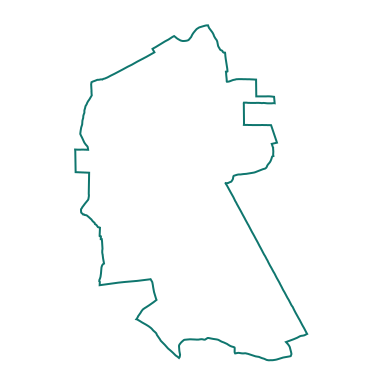 outline of Min Buri, Bangkok Metropolis, Thailand, rotated 91°
{"feature_id": "78962969B59018064980934", "entity_name": "Min Buri", "entity_type": "district", "adm_level": 2, "iso_a3": "THA", "parent_name": "Thailand", "parent_adm1": "Bangkok Metropolis", "projection": "orthographic", "projection_center": [100.755, 13.811], "detail": "fine", "context": "isolated", "style": "outline", "palette": "teal", "viewbox_px": 384, "rotation_deg": 91, "n_neighbors": 0, "source": "geoboundaries", "source_scale": "gbopen_adm2", "svg_char_len": 5958}
<svg xmlns="http://www.w3.org/2000/svg" viewBox="0 0 384 384"><g transform="rotate(91 192 192)"><path d="M49.6,234.0L53.0,232.0L57.8,240.2L62.6,249.0L65.2,253.4L65.8,254.4L67.9,258.5L70.8,263.6L75.2,271.6L77.1,275.3L78.9,278.5L80.1,281.2L80.5,282.8L81.1,283.5L81.0,284.2L81.0,285.1L81.4,286.9L81.5,288.5L81.8,289.4L82.2,290.2L83.3,293.1L84.0,294.4L86.1,294.7L90.6,294.4L92.9,294.2L93.5,294.3L93.9,294.2L95.8,294.1L97.0,293.9L97.3,294.0L101.2,296.2L103.1,297.5L104.6,298.3L106.2,298.9L107.4,299.6L108.1,300.0L110.1,300.4L112.2,301.0L113.8,301.0L114.7,301.0L116.3,301.6L117.8,302.0L119.9,302.1L120.6,302.3L121.3,302.5L122.6,302.8L126.4,303.0L129.4,303.9L132.6,304.4L135.4,304.7L136.0,304.7L136.4,304.5L137.7,303.9L139.5,302.9L144.1,300.7L144.9,300.2L146.5,299.0L148.0,297.6L148.6,297.2L148.8,297.1L150.8,296.7L151.6,296.6L151.5,301.6L151.7,307.1L151.6,307.9L151.6,308.7L151.6,309.6L153.4,309.4L174.2,308.7L174.5,295.2L196.0,295.2L196.7,295.0L198.5,295.1L201.0,295.5L201.3,295.6L201.7,295.8L205.5,298.8L209.1,301.4L210.1,301.9L211.1,302.6L211.6,302.7L214.2,302.5L214.4,302.4L214.9,302.1L215.6,301.2L216.4,300.5L216.4,300.3L216.2,300.0L216.2,299.8L216.8,299.1L217.1,297.2L217.4,296.6L219.1,294.5L220.1,293.4L221.2,292.1L222.3,291.3L223.2,290.5L224.5,288.9L224.8,288.8L225.7,288.5L226.2,287.6L227.0,286.7L228.7,285.5L228.9,285.1L229.0,284.2L229.3,283.4L237.7,283.6L237.8,283.5L237.7,282.6L237.8,282.4L238.0,282.3L240.7,282.4L240.7,281.4L242.7,281.1L247.7,280.7L250.3,280.5L252.1,280.7L254.0,280.7L255.8,280.4L256.3,280.2L256.7,280.2L259.6,279.8L265.1,278.7L265.4,279.2L265.6,279.6L266.8,280.5L268.3,281.0L269.2,281.2L275.2,281.6L278.4,282.0L280.2,282.5L281.3,283.0L282.8,283.2L283.2,282.7L283.6,282.6L286.8,282.7L283.9,263.9L283.2,258.2L281.8,244.9L280.0,232.3L279.9,231.9L282.7,230.2L283.4,230.0L285.9,229.5L287.8,229.2L292.7,228.2L299.3,226.1L300.5,225.6L302.6,228.2L305.9,232.7L308.4,236.4L308.8,237.1L310.3,239.1L312.2,240.5L313.8,241.4L317.3,243.8L318.4,244.2L319.8,245.1L320.2,245.4L320.4,244.5L320.9,243.7L322.2,241.4L323.2,239.8L325.4,235.7L327.0,233.0L328.6,230.8L329.5,229.8L331.2,228.3L332.8,226.4L333.9,225.3L334.3,225.1L335.5,224.6L340.1,221.3L341.2,220.7L345.3,216.5L348.9,213.2L351.0,210.6L353.1,208.2L355.7,205.5L357.1,203.4L358.2,202.1L357.3,201.5L357.0,201.4L355.0,201.1L354.4,201.2L352.0,201.7L350.8,201.9L346.3,202.3L346.0,202.3L345.4,202.1L344.8,201.9L344.4,201.6L342.8,200.4L341.7,199.3L340.2,197.6L339.9,196.9L339.8,196.1L339.3,191.4L339.4,187.6L339.5,184.5L339.5,183.2L339.1,181.0L339.0,179.6L339.1,178.8L339.4,177.5L339.4,176.8L339.4,176.5L339.2,176.1L337.8,174.0L337.7,173.8L337.7,173.5L337.7,172.8L338.1,170.7L338.5,168.4L338.9,165.3L339.2,163.6L339.6,162.6L340.8,160.4L341.2,159.5L341.9,157.5L343.4,154.1L344.1,153.1L345.3,151.0L345.8,149.6L346.3,147.6L346.7,146.8L347.0,146.7L347.3,146.6L351.1,146.6L351.7,146.5L352.6,146.1L352.6,145.8L352.1,143.5L352.0,142.6L352.4,139.8L352.5,138.5L352.4,136.8L352.3,136.2L352.4,135.2L352.6,134.5L352.8,133.4L355.2,125.6L355.4,124.3L355.7,122.2L356.8,119.4L357.5,116.9L358.6,114.4L358.8,113.2L358.9,112.6L358.8,109.9L358.8,108.8L358.6,107.4L358.2,105.1L357.9,104.0L355.9,97.9L354.8,92.2L354.4,90.5L352.9,89.9L352.5,89.8L351.8,89.8L350.1,90.2L349.1,90.5L345.5,91.5L344.8,91.8L343.7,92.5L342.5,93.4L340.4,95.4L337.4,87.7L335.8,84.1L334.7,82.2L334.4,81.7L333.9,80.2L333.7,78.7L333.3,77.1L331.9,74.4L331.1,74.9L326.3,77.5L323.3,79.3L317.6,82.4L316.7,83.0L315.1,83.9L310.8,86.4L308.2,87.8L305.4,89.2L305.0,89.4L303.8,90.4L298.2,93.4L296.0,94.8L290.9,97.6L288.3,99.2L285.4,100.7L281.6,102.8L281.2,102.9L281.1,103.0L276.2,105.9L272.0,108.1L270.1,109.3L266.0,111.6L264.4,112.6L260.7,114.6L259.0,115.4L258.3,115.9L254.8,117.8L253.3,118.8L250.6,120.3L250.0,120.6L246.9,122.3L245.0,123.4L240.9,125.6L237.6,127.5L234.7,129.1L230.8,131.4L223.8,135.2L223.4,135.5L220.9,136.9L219.2,137.9L217.3,138.9L214.0,140.8L210.2,142.9L203.1,147.0L201.7,147.7L200.5,148.5L196.5,150.5L191.2,153.6L185.2,157.0L183.2,158.3L182.8,158.6L182.5,158.5L182.6,158.0L182.5,156.8L182.3,155.8L181.7,154.8L181.1,153.2L180.8,152.8L180.2,152.4L178.7,151.5L178.1,151.3L175.7,150.9L175.3,150.7L175.0,150.3L174.0,147.3L173.7,146.0L173.6,143.7L173.2,141.1L172.9,138.0L171.8,132.0L171.5,130.4L171.1,129.1L170.3,127.2L169.4,125.0L168.0,121.6L167.3,119.3L166.7,118.5L166.3,118.1L165.2,117.5L165.0,117.4L164.4,117.3L162.9,116.3L162.1,115.6L160.8,114.6L159.7,114.0L158.2,113.4L156.6,112.9L155.8,112.7L155.1,112.4L154.6,111.2L153.9,111.4L153.5,111.5L150.1,111.4L147.9,111.6L147.1,111.7L146.5,111.6L146.1,111.7L145.9,111.9L142.5,113.1L141.2,107.9L123.8,114.1L123.8,122.7L124.0,130.0L124.0,141.3L122.7,141.2L118.5,141.3L107.8,141.6L103.9,141.7L102.4,141.8L101.8,141.7L101.7,141.6L101.8,141.2L101.7,139.5L101.8,138.3L101.9,137.6L101.9,135.1L101.9,131.7L101.7,127.5L101.8,124.6L101.9,124.3L101.9,123.5L101.7,121.9L102.0,118.4L102.0,114.6L101.8,112.3L101.7,111.6L101.8,110.9L95.4,111.6L95.1,114.5L95.0,116.6L95.2,122.8L95.3,129.4L78.5,129.9L78.3,136.2L78.3,137.5L78.3,146.6L78.5,149.7L78.6,150.1L78.8,150.6L79.3,152.9L80.1,154.9L80.3,155.3L80.8,156.7L81.0,157.5L81.1,158.5L81.2,158.9L81.1,159.1L80.8,159.2L78.7,159.3L74.6,159.8L72.1,160.0L71.3,160.2L71.1,160.2L70.9,158.7L70.7,158.6L68.1,158.9L58.3,160.6L55.5,161.0L53.4,161.2L52.1,161.4L52.0,162.0L52.1,162.6L52.0,162.9L51.5,163.5L51.2,163.7L50.8,163.9L50.3,164.2L49.9,165.0L49.6,165.7L49.3,166.2L48.4,166.8L47.9,167.0L47.3,167.5L45.6,168.4L44.8,168.6L41.1,169.4L40.2,169.8L39.4,170.2L38.2,171.2L36.4,172.3L35.2,172.9L34.4,173.1L32.2,174.3L27.7,177.8L26.4,178.4L25.1,178.9L25.2,179.5L25.1,179.9L25.4,181.6L26.3,184.5L27.3,187.6L27.6,188.1L29.0,190.2L30.4,191.4L32.8,193.3L34.7,194.5L37.1,195.6L37.8,196.2L38.7,196.9L40.0,198.0L40.3,198.5L40.7,199.6L40.9,200.5L41.0,201.1L41.2,203.1L41.2,203.8L41.1,204.5L40.7,206.1L39.3,208.7L38.4,210.1L37.5,211.1L36.7,212.2L36.4,212.6L37.4,214.4L40.0,218.2L41.8,221.5L45.3,227.0L47.9,231.1L49.0,233.1L49.6,234.0Z" fill="none" stroke="#0f766e" stroke-width="2"/></g></svg>